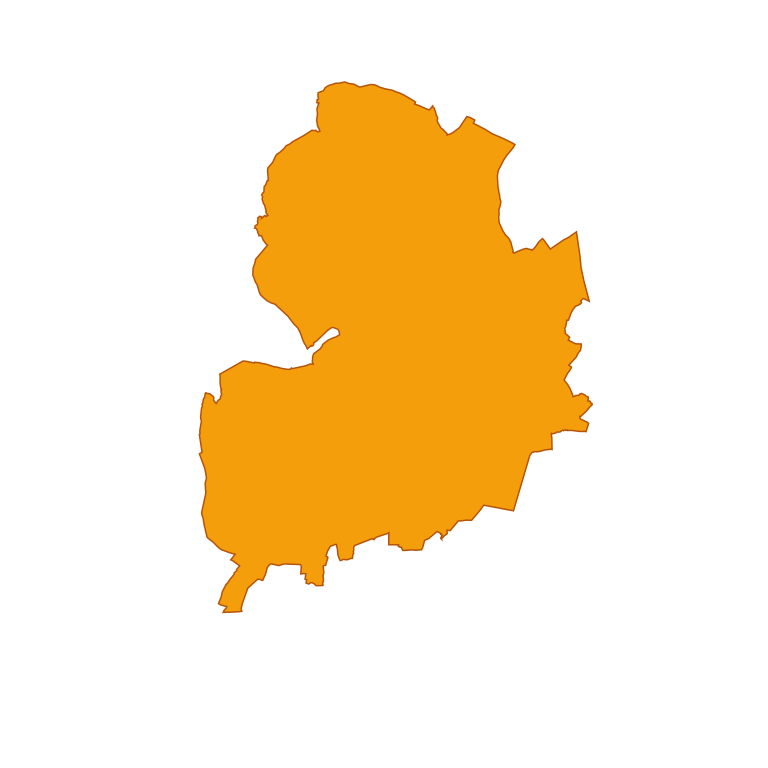 Hodod, Satu Mare, Romania, rotated 297°
{"feature_id": "2599482B11303737226697", "entity_name": "Hodod", "entity_type": "district", "adm_level": 2, "iso_a3": "ROU", "parent_name": "Romania", "parent_adm1": "Satu Mare", "projection": "equal_earth", "projection_center": [23.05, 47.398], "detail": "fine", "context": "isolated", "style": "filled", "palette": "amber", "viewbox_px": 768, "rotation_deg": 297, "n_neighbors": 0, "source": "geoboundaries", "source_scale": "gbopen_adm2", "svg_char_len": 6171}
<svg xmlns="http://www.w3.org/2000/svg" viewBox="0 0 768 768"><g transform="rotate(297 384 384)"><path d="M441.8,584.2L442.2,582.6L442.0,574.6L444.0,573.2L444.4,574.0L451.9,576.7L456.3,577.6L460.1,578.9L460.8,578.5L461.1,577.9L460.7,577.1L462.2,575.6L462.1,574.7L461.4,573.5L461.6,573.1L463.9,572.7L465.1,571.8L464.9,569.6L465.4,568.4L465.3,564.3L464.2,563.1L462.5,562.8L461.0,560.4L458.5,558.2L460.6,556.3L464.6,551.5L467.2,547.4L468.7,543.8L469.5,542.7L476.9,542.7L479.4,543.3L483.3,543.5L484.2,543.2L484.6,540.1L495.0,543.0L500.7,543.1L503.1,543.8L506.9,542.7L509.2,541.5L507.1,537.2L506.7,535.8L506.8,528.2L510.0,528.1L511.4,522.5L512.2,522.3L515.6,519.8L518.3,519.7L523.9,518.0L524.5,519.3L524.8,519.4L531.6,518.5L535.4,518.5L539.6,519.2L540.7,519.7L543.1,521.8L543.7,521.7L544.0,522.5L545.6,522.9L546.5,522.9L547.3,521.6L549.5,522.2L550.7,523.0L550.9,529.3L566.6,515.3L577.1,506.8L587.3,500.3L606.9,486.4L598.3,481.8L593.9,478.6L579.7,470.9L584.9,461.0L585.5,459.2L581.2,457.5L574.8,456.6L570.6,455.4L569.5,449.4L567.4,446.9L562.1,442.3L559.7,440.7L559.9,438.9L560.9,438.8L568.3,432.3L568.8,431.1L569.8,430.3L571.4,426.5L571.7,425.1L574.4,420.4L580.2,413.2L585.0,410.3L587.5,409.5L590.0,407.9L592.2,407.1L596.3,406.5L599.9,405.1L602.2,402.8L605.3,400.9L606.8,399.3L609.6,397.6L611.1,396.2L620.9,390.5L626.3,388.9L638.1,389.0L642.9,389.5L653.2,391.8L656.7,392.0L657.0,389.5L656.9,379.0L656.1,366.8L656.8,358.3L656.9,345.2L660.4,345.1L660.5,339.3L659.9,336.4L646.7,334.8L639.5,331.4L636.6,329.4L635.1,327.5L634.5,327.2L635.5,326.7L637.5,321.2L637.8,318.9L641.4,313.2L642.8,311.7L645.3,311.1L646.0,310.5L647.2,308.6L649.5,306.7L652.6,303.5L653.0,302.1L653.9,301.2L648.9,300.0L648.4,297.9L648.0,288.9L647.3,284.2L649.5,284.1L649.9,280.5L650.5,269.9L650.4,265.9L649.8,262.6L649.5,258.1L647.5,250.9L646.5,245.6L646.6,242.4L646.2,239.7L645.0,236.4L637.4,227.5L637.5,221.1L635.9,216.6L635.3,211.9L631.7,207.5L630.0,204.4L624.5,198.9L621.4,197.1L617.7,196.8L613.6,193.1L610.5,194.4L608.8,195.9L607.7,196.1L606.8,195.3L606.2,196.0L604.3,196.2L604.1,196.7L604.8,198.4L598.9,199.3L594.2,202.2L588.6,204.2L583.8,207.6L581.1,211.2L580.1,212.1L578.5,210.4L579.0,207.8L577.9,206.5L577.4,204.6L568.9,199.7L558.3,192.5L555.4,191.3L551.9,188.7L548.7,188.1L542.9,185.9L540.4,184.4L538.5,183.9L530.9,184.2L523.9,182.4L521.0,183.5L512.9,188.5L512.7,187.9L512.2,187.7L507.3,188.1L505.6,187.6L500.6,189.8L498.6,189.2L496.8,189.2L495.8,190.8L493.3,191.5L489.6,195.3L489.4,196.2L484.4,200.6L483.9,200.5L482.3,201.9L482.3,202.8L481.8,203.1L481.6,203.9L479.7,202.9L480.0,201.8L479.7,200.9L478.6,200.9L475.9,199.7L477.6,198.9L476.7,196.7L475.8,196.8L474.5,196.1L474.0,196.8L471.2,197.5L470.6,198.3L469.3,198.7L468.3,198.6L466.4,197.3L464.9,198.0L464.2,197.9L464.6,199.3L464.5,200.0L462.3,202.4L461.5,202.8L460.6,204.4L459.3,205.3L460.3,206.9L460.3,207.7L457.2,211.3L455.2,215.4L454.8,217.2L436.8,213.0L432.7,214.1L427.9,214.7L421.5,217.7L416.2,223.5L414.9,225.8L408.9,231.5L407.4,233.5L406.3,236.9L405.1,242.0L405.0,246.3L405.6,250.7L400.9,267.4L396.1,277.5L396.0,278.4L394.7,281.9L391.9,285.9L386.0,292.1L383.9,294.8L383.0,296.7L380.5,299.8L385.2,301.6L384.9,302.5L385.5,303.1L386.9,303.5L388.7,302.7L391.9,304.5L405.6,309.2L410.1,311.5L411.3,312.9L411.8,318.0L410.9,319.7L407.8,322.1L403.9,319.7L402.5,318.1L397.6,314.2L391.3,311.3L390.2,311.8L386.2,311.1L379.2,307.7L376.4,307.9L371.1,310.1L369.5,311.9L368.3,309.1L364.8,306.1L356.3,295.6L356.2,294.2L354.6,293.8L353.3,291.5L351.3,285.3L350.7,281.7L349.4,278.1L348.3,270.7L347.5,267.5L347.1,267.0L346.6,264.1L344.7,258.9L343.8,258.9L341.7,251.0L340.5,248.0L318.2,233.2L316.6,234.4L310.1,237.7L306.7,240.1L306.3,240.8L305.2,241.1L305.0,242.0L303.3,242.1L300.9,244.1L298.2,244.2L296.3,244.8L294.3,243.7L290.4,243.3L292.0,239.7L294.7,238.4L295.3,237.6L296.1,233.6L296.0,232.4L295.3,230.8L295.4,229.3L294.2,229.0L291.4,230.1L288.3,230.0L284.9,231.1L283.3,231.1L281.8,232.3L279.9,232.3L271.5,235.5L269.4,236.8L268.5,238.0L259.0,241.0L255.7,242.8L255.2,242.4L240.5,252.9L238.0,251.2L227.3,262.8L220.7,267.8L219.0,268.7L214.4,269.7L205.8,274.8L187.0,279.8L185.1,280.9L182.5,283.6L176.6,287.9L167.4,295.7L166.7,297.2L165.4,304.1L163.6,309.1L162.5,314.1L163.7,323.7L164.7,328.6L157.7,327.3L157.7,327.6L158.1,327.7L156.5,337.9L151.7,336.9L150.8,337.5L147.8,336.3L146.3,336.8L138.0,335.1L136.4,335.2L133.7,334.3L125.7,334.2L119.9,335.7L113.2,336.2L113.0,339.0L114.3,344.9L112.6,345.2L110.0,344.3L107.5,344.4L113.1,354.5L116.0,359.3L117.0,360.5L118.7,358.8L123.7,357.5L140.3,355.3L152.7,360.1L153.7,362.6L153.7,364.4L154.1,365.1L161.3,364.7L167.4,363.3L171.0,364.0L172.6,365.2L174.4,372.6L178.3,376.6L185.2,391.6L184.1,393.1L176.9,396.1L178.5,398.2L179.4,400.5L174.2,402.3L174.5,404.0L171.4,404.8L171.2,405.1L171.7,407.9L173.4,408.6L174.2,410.0L174.4,411.3L174.2,413.1L173.7,414.1L173.6,415.4L176.7,421.0L177.2,421.0L178.6,419.8L180.6,419.6L183.3,418.3L184.6,417.2L186.5,416.4L188.4,416.2L194.1,412.5L194.9,412.8L195.9,414.3L204.0,412.8L204.3,412.4L204.0,410.8L204.3,410.5L209.1,409.6L215.0,409.8L217.2,412.0L218.5,412.8L219.4,414.1L219.2,414.7L217.7,415.5L216.8,416.7L210.6,420.7L207.5,424.0L206.8,425.0L206.9,425.5L209.6,427.8L209.9,429.4L210.8,431.1L213.9,434.1L214.3,435.0L218.0,433.7L219.2,433.9L220.8,432.7L221.8,432.7L224.4,431.3L226.0,431.1L227.0,431.4L240.6,443.5L241.1,444.2L240.6,444.8L240.9,445.9L242.5,446.0L244.2,446.9L252.4,455.0L253.7,455.8L242.9,461.2L247.3,470.0L245.8,470.5L246.1,471.7L245.8,472.2L246.5,473.8L245.5,474.5L244.2,476.4L248.9,484.3L250.1,487.4L253.3,492.7L255.8,492.7L263.2,491.2L266.5,494.0L275.8,497.9L276.8,498.8L276.5,502.8L275.8,502.7L275.6,504.5L272.3,504.5L271.8,505.8L272.2,505.5L275.4,506.4L279.4,508.3L282.2,506.4L283.4,509.5L295.5,512.3L296.2,512.9L296.5,514.0L300.1,519.2L302.3,523.9L315.0,526.9L321.3,527.9L329.8,556.9L386.8,546.3L390.3,547.0L392.8,550.1L393.0,551.1L394.8,553.5L398.4,557.5L401.7,562.4L401.9,563.5L412.7,557.7L415.6,555.5L416.1,555.7L415.8,556.4L418.2,559.1L419.7,559.8L421.0,562.5L423.8,564.0L424.2,564.6L424.0,565.3L425.4,566.2L425.2,566.8L426.2,568.2L425.8,568.5L427.6,571.7L430.8,580.4L432.8,584.2L433.2,585.6L441.8,584.2Z" fill="#f59e0b" stroke="#b45309" stroke-width="1.5"/></g></svg>